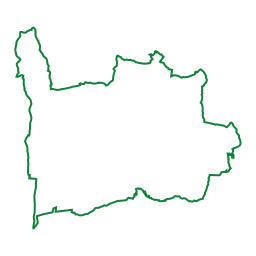 Apostolache, Prahova, Romania
{"feature_id": "2599482B23348990621180", "entity_name": "Apostolache", "entity_type": "district", "adm_level": 2, "iso_a3": "ROU", "parent_name": "Romania", "parent_adm1": "Prahova", "projection": "mercator", "projection_center": [26.269, 45.129], "detail": "fine", "context": "isolated", "style": "outline", "palette": "green", "viewbox_px": 256, "rotation_deg": 0, "n_neighbors": 0, "source": "geoboundaries", "source_scale": "gbopen_adm2", "svg_char_len": 5678}
<svg xmlns="http://www.w3.org/2000/svg" viewBox="0 0 256 256"><path d="M128.5,197.8L133.0,198.7L133.4,197.3L134.5,196.7L134.4,194.4L134.7,194.0L135.4,193.9L135.9,194.1L136.3,194.8L136.6,194.6L136.7,193.4L136.1,192.6L136.7,191.8L136.0,189.0L138.1,188.4L138.6,188.5L139.2,189.1L140.1,188.5L141.5,189.3L142.3,190.2L143.3,190.6L143.3,191.8L144.2,192.8L144.5,191.7L145.0,191.6L145.4,192.6L144.9,193.2L146.0,194.1L145.3,194.6L145.7,195.2L146.3,195.3L146.2,195.8L147.3,196.5L147.5,196.9L147.9,197.0L148.7,195.8L149.0,195.8L149.2,196.0L149.2,197.5L149.7,198.1L151.2,198.0L151.6,198.7L154.7,199.9L156.4,199.6L158.2,200.5L158.9,200.2L159.3,201.1L160.9,201.2L165.1,200.8L165.4,200.6L165.2,200.2L165.9,200.2L166.2,199.3L166.7,199.1L170.4,198.7L173.4,197.5L174.6,196.4L175.5,196.1L177.3,196.4L179.4,196.4L180.3,197.7L181.1,198.3L182.5,198.6L184.1,198.2L185.3,198.5L189.2,201.3L190.4,201.1L191.6,201.5L192.9,201.5L194.4,200.5L195.8,201.2L197.5,200.8L198.1,200.2L200.3,199.3L202.8,198.8L203.1,197.4L205.1,193.7L204.9,193.0L206.4,189.7L207.4,185.5L208.2,184.9L208.2,182.0L208.9,180.0L208.5,178.0L209.2,176.8L209.7,175.0L219.3,175.3L220.3,174.5L221.5,172.2L224.6,171.9L225.3,171.6L226.1,170.9L225.9,171.8L226.0,172.0L228.2,171.6L229.0,170.6L229.4,169.5L230.7,168.4L229.3,166.0L229.3,164.9L228.3,162.2L228.6,160.7L228.2,159.2L228.6,158.9L228.6,158.0L228.0,156.8L228.2,156.0L227.6,154.2L227.6,153.5L229.7,153.6L229.9,153.9L229.8,155.1L230.0,155.2L230.4,155.1L230.5,154.4L230.9,154.4L231.3,154.9L231.9,154.7L232.4,155.4L232.0,157.0L232.1,157.6L233.5,157.8L233.5,154.9L233.0,154.7L232.3,153.3L232.4,152.7L233.1,151.5L233.0,149.7L232.4,149.3L232.4,149.0L238.3,146.6L240.0,145.2L240.4,144.2L240.6,142.5L239.9,139.3L239.1,138.1L239.1,135.6L238.2,134.8L236.5,132.4L236.4,131.5L236.7,130.4L236.2,128.8L234.1,126.9L233.2,125.5L233.0,124.5L232.5,123.6L231.5,122.6L230.3,122.9L229.8,124.0L228.8,125.3L226.9,127.1L226.6,127.2L223.7,125.7L217.0,124.4L215.4,124.7L214.8,124.3L204.4,122.0L204.5,121.3L204.2,120.8L204.3,119.6L203.9,118.6L203.1,117.7L202.5,115.4L202.7,114.3L203.2,113.4L202.5,111.7L202.7,109.2L202.4,105.8L201.9,104.2L200.7,102.7L201.3,101.7L202.1,99.0L202.2,96.1L201.6,94.7L202.3,93.3L201.9,91.5L202.2,90.6L202.1,87.9L202.3,87.3L202.0,86.6L203.8,85.7L204.5,84.0L206.1,82.5L206.7,81.2L206.8,79.8L206.7,79.2L206.0,78.0L205.9,76.0L205.1,74.0L203.4,71.6L201.1,69.6L200.5,69.4L199.1,70.4L197.6,72.1L196.8,72.2L196.1,71.6L195.2,72.1L195.1,72.7L195.5,73.5L194.4,74.4L188.7,76.7L184.6,77.3L183.1,76.9L182.1,77.7L181.6,77.8L178.6,76.0L175.8,75.3L173.2,75.4L171.2,76.3L171.8,72.1L172.0,69.8L168.5,69.1L168.1,67.9L166.4,67.1L165.4,65.6L164.4,64.8L164.0,63.3L163.7,63.1L162.4,62.5L160.6,62.3L160.1,61.9L160.0,61.6L161.8,59.3L162.5,58.1L163.4,57.5L163.6,56.7L161.6,55.2L161.4,54.4L160.2,54.5L157.5,51.9L156.1,51.2L155.2,51.3L155.1,51.5L155.7,52.5L154.9,52.5L154.1,54.1L153.1,55.2L152.3,55.4L151.2,54.3L150.9,54.2L149.7,54.6L150.8,55.5L151.2,57.4L152.6,59.2L150.4,60.7L150.6,62.2L149.9,63.1L149.1,63.4L148.4,63.1L147.0,63.6L144.2,63.7L139.2,63.0L136.0,62.2L135.2,61.8L133.9,60.6L132.0,60.6L130.6,59.9L128.4,60.1L126.6,59.5L124.4,60.2L123.3,59.3L121.9,58.7L121.1,57.3L119.6,56.8L117.8,55.6L117.3,55.8L117.0,56.4L116.4,58.3L116.4,59.2L117.0,61.9L116.8,65.6L116.5,66.1L114.8,67.2L113.5,69.0L114.9,70.6L114.1,73.0L113.3,76.2L113.0,80.1L112.6,80.6L110.5,81.9L107.4,85.2L105.7,85.4L105.5,84.5L104.0,83.4L101.7,82.8L100.0,82.7L99.0,83.0L98.4,82.6L97.2,83.2L94.6,83.6L91.2,83.2L90.0,82.6L88.4,83.0L85.4,82.3L84.0,84.0L82.2,84.0L80.9,83.4L80.0,83.4L79.6,83.9L80.0,85.2L75.8,86.3L72.1,86.8L70.7,87.4L64.8,88.7L61.9,89.1L59.6,89.7L57.5,89.9L55.4,89.7L52.8,88.9L50.9,89.1L50.7,88.4L50.7,86.7L50.4,85.5L51.5,85.0L51.7,84.4L51.6,83.4L51.0,83.1L50.5,79.6L49.7,78.6L49.6,78.0L49.8,77.2L49.6,76.8L49.5,75.3L49.8,74.8L50.2,72.7L49.6,71.7L47.9,70.8L48.5,70.1L48.2,68.8L48.7,65.9L47.4,63.9L47.5,62.8L47.1,61.7L47.1,60.8L46.3,58.4L44.9,57.6L44.7,57.1L43.5,56.2L43.4,55.5L41.5,52.4L40.9,52.0L40.6,51.0L39.6,50.3L40.1,47.3L40.0,45.9L39.5,44.2L38.4,42.4L38.6,41.6L38.5,41.2L37.3,39.6L35.9,36.8L35.3,33.6L35.7,32.4L35.5,31.5L35.6,30.5L35.0,29.3L33.6,27.6L31.9,28.4L31.6,30.1L30.2,29.9L28.8,30.8L27.6,31.0L25.7,32.6L23.9,32.7L23.0,32.5L22.2,31.9L20.5,32.0L20.1,33.6L20.3,35.3L20.0,36.7L17.9,39.4L16.5,42.0L16.4,42.5L16.4,44.3L15.9,45.7L15.8,47.4L15.4,48.3L15.4,50.7L16.0,54.0L16.6,55.7L17.9,57.1L19.0,57.8L20.1,59.0L20.4,59.7L19.8,60.6L18.5,61.6L18.4,62.2L17.6,62.6L16.8,63.8L16.8,64.9L17.2,66.2L18.3,68.5L18.3,69.3L18.0,70.7L18.6,72.3L18.3,73.2L17.6,73.9L16.5,76.6L17.8,76.9L21.5,75.1L22.3,75.2L23.3,75.8L22.6,77.8L22.9,78.5L23.4,78.5L23.8,79.2L23.7,83.7L24.1,86.4L24.7,88.3L24.7,88.7L24.4,89.1L24.4,89.6L24.8,90.7L25.7,91.7L25.8,92.9L26.8,95.5L28.6,97.3L30.6,100.1L31.4,103.9L29.5,108.7L29.4,111.1L30.7,114.7L31.4,117.4L31.2,119.8L30.2,123.0L30.0,128.9L29.6,130.9L29.5,134.7L29.0,135.6L28.1,135.2L26.5,137.9L25.0,141.3L26.9,145.9L27.5,148.4L27.4,151.4L27.9,153.4L28.4,157.9L27.9,160.3L28.3,163.1L28.0,172.6L28.5,174.9L29.8,175.0L29.7,176.5L29.4,176.5L29.2,178.4L34.7,178.7L35.8,179.0L35.7,179.2L36.3,179.4L35.9,183.7L35.9,187.2L34.4,195.4L34.6,202.6L34.8,203.4L34.7,212.0L34.2,214.9L33.7,216.6L34.3,221.1L33.3,227.3L33.4,228.3L33.7,228.4L37.6,223.3L37.6,220.7L37.0,218.0L37.0,216.1L43.8,214.1L52.5,212.3L53.5,208.4L56.1,207.4L55.6,211.8L71.9,209.8L71.7,212.1L72.4,212.2L72.6,212.6L73.8,213.0L74.4,212.7L75.7,214.5L77.4,214.3L79.0,215.2L81.0,215.4L83.0,215.1L84.6,214.3L88.2,213.7L89.6,212.6L92.7,211.0L93.6,210.3L94.9,208.5L96.0,207.9L98.8,207.8L100.5,206.8L102.2,206.5L104.2,205.3L105.6,205.7L107.0,205.6L109.1,204.0L117.6,201.0L125.8,200.3L127.0,199.4L127.9,198.2L128.5,197.8Z" fill="none" stroke="#15803d" stroke-width="2"/></svg>